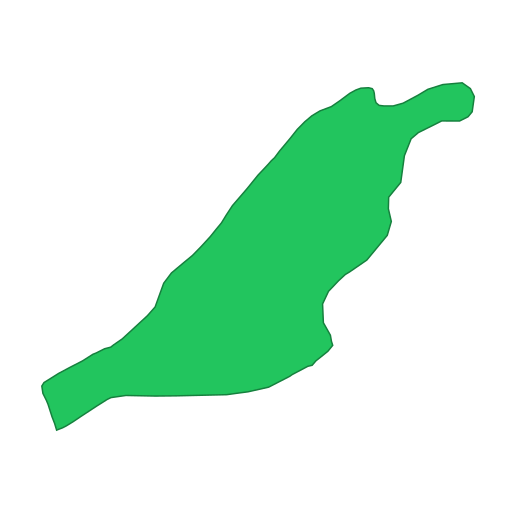 outline of El Rodeo, San Marcos, Guatemala, rotated 188°
{"feature_id": "79465075B79064464802759", "entity_name": "El Rodeo", "entity_type": "district", "adm_level": 2, "iso_a3": "GTM", "parent_name": "Guatemala", "parent_adm1": "San Marcos", "projection": "mercator", "projection_center": [-91.996, 14.886], "detail": "fine", "context": "isolated", "style": "filled", "palette": "green", "viewbox_px": 512, "rotation_deg": 188, "n_neighbors": 0, "source": "geoboundaries", "source_scale": "gbopen_adm2", "svg_char_len": 1477}
<svg xmlns="http://www.w3.org/2000/svg" viewBox="0 0 512 512"><g transform="rotate(188 256 256)"><path d="M75.9,456.2L94.8,451.8L109.0,445.0L117.9,437.8L131.6,427.8L141.0,423.7L150.4,422.4L155.1,422.3L158.5,424.5L160.3,428.5L161.5,433.5L162.5,436.0L164.2,437.9L167.9,438.3L175.5,436.8L180.2,434.3L185.7,430.2L194.7,421.3L202.2,414.4L212.7,408.7L216.3,405.8L220.2,402.6L226.3,395.8L232.7,387.2L238.7,377.0L247.3,363.2L251.3,355.9L254.0,352.6L256.6,348.6L265.3,336.3L274.0,321.8L278.8,314.3L286.3,302.7L291.1,292.5L294.8,284.0L298.8,277.5L304.0,268.8L311.5,257.9L319.0,247.7L326.5,239.5L332.1,233.3L337.4,227.4L343.6,216.2L348.8,191.5L352.5,185.9L355.2,181.8L376.9,155.3L384.6,148.2L387.2,145.5L393.0,143.1L400.8,137.7L403.8,136.0L413.3,127.9L425.2,119.5L435.2,112.2L440.4,107.8L448.3,101.2L450.0,97.4L447.9,90.3L443.5,83.9L441.3,80.2L435.6,68.4L432.1,62.1L429.2,55.8L427.5,56.8L423.7,58.9L420.3,61.3L414.1,66.4L407.0,72.8L392.9,85.2L388.5,88.9L383.6,93.1L379.9,95.6L365.4,99.8L336.2,103.3L315.7,106.4L265.7,114.6L255.5,117.5L245.0,120.4L225.2,127.9L205.8,141.6L203.7,143.6L189.3,154.0L185.2,155.6L182.0,160.6L171.6,171.6L167.6,178.2L169.4,182.0L171.3,187.9L180.0,199.3L183.4,217.8L179.3,231.1L170.8,243.0L165.0,250.1L161.3,253.1L145.7,267.4L128.9,294.7L126.8,309.0L131.5,321.2L132.8,332.7L122.9,349.0L123.0,376.0L118.7,393.7L112.4,400.8L90.9,415.6L73.2,418.0L65.4,423.4L62.0,428.9L62.0,444.3L67.0,451.6L75.9,456.2Z" fill="#22c55e" stroke="#15803d" stroke-width="1.5"/></g></svg>